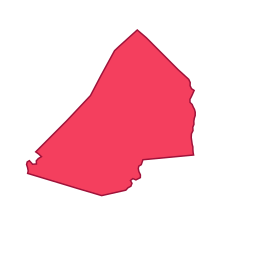 Salgado, Sergipe, Brazil, rotated 30°
{"feature_id": "56859067B23037122436580", "entity_name": "Salgado", "entity_type": "district", "adm_level": 2, "iso_a3": "BRA", "parent_name": "Brazil", "parent_adm1": "Sergipe", "projection": "orthographic", "projection_center": [-37.463, -11.064], "detail": "fine", "context": "isolated", "style": "filled", "palette": "rose", "viewbox_px": 256, "rotation_deg": 30, "n_neighbors": 0, "source": "geoboundaries", "source_scale": "gbopen_adm2", "svg_char_len": 939}
<svg xmlns="http://www.w3.org/2000/svg" viewBox="0 0 256 256"><g transform="rotate(30 128 128)"><path d="M63.8,217.5L103.3,208.2L114.5,205.6L139.0,199.7L157.2,182.9L157.9,179.7L159.6,177.0L159.1,173.9L156.4,172.3L157.5,169.4L160.8,169.0L163.5,164.8L162.2,162.4L159.1,160.2L157.2,158.0L156.4,155.7L157.8,153.1L156.8,148.0L169.4,139.1L198.3,118.6L196.6,116.6L194.9,114.1L193.6,111.9L191.7,110.0L189.6,107.3L187.5,104.6L185.8,101.2L185.6,97.8L183.7,94.9L183.3,91.9L181.6,89.2L180.5,86.2L180.0,83.7L178.3,80.7L176.3,78.7L174.1,77.3L171.8,75.6L168.9,74.8L167.3,72.2L167.2,69.5L167.0,66.9L166.5,62.4L163.3,62.2L160.6,60.3L159.1,57.5L156.3,55.5L142.1,52.4L98.8,40.7L87.0,38.5L79.6,61.4L77.7,67.7L78.4,96.4L79.3,118.7L71.2,152.9L70.3,156.2L60.0,194.8L63.7,195.2L67.4,196.1L65.6,199.3L65.0,202.3L66.7,204.9L63.5,207.1L58.9,205.6L57.7,207.8L58.4,210.3L60.8,212.5L63.0,215.0L63.8,217.5Z" fill="#f43f5e" stroke="#9f1239" stroke-width="1.5"/></g></svg>